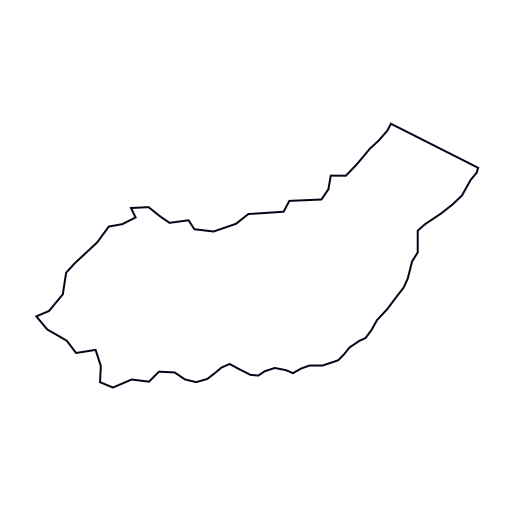 outline of Prastio Lefkosias, Cyprus, rotated 95°
{"feature_id": "46923920B44664776517554", "entity_name": "Prastio Lefkosias", "entity_type": "district", "adm_level": 2, "iso_a3": "CYP", "parent_name": "Cyprus", "parent_adm1": "", "projection": "albers", "projection_center": [32.934, 35.176], "detail": "fine", "context": "isolated", "style": "outline", "palette": "ink", "viewbox_px": 512, "rotation_deg": 95, "n_neighbors": 0, "source": "geoboundaries", "source_scale": "gbopen_adm2", "svg_char_len": 1116}
<svg xmlns="http://www.w3.org/2000/svg" viewBox="0 0 512 512"><g transform="rotate(95 256 256)"><path d="M335.3,469.6L347.4,457.5L356.9,437.1L368.3,426.8L363.5,407.6L379.1,401.0L395.3,400.4L399.5,387.1L389.9,369.1L390.5,351.6L379.7,342.6L379.1,326.9L385.1,316.1L386.9,304.7L382.7,293.8L376.7,287.2L370.1,280.6L365.9,272.8L370.1,263.1L374.9,251.1L374.9,243.3L370.1,237.3L365.9,227.6L367.1,216.2L369.5,209.0L364.1,201.1L360.5,193.3L359.3,180.1L352.7,165.0L346.1,159.6L338.9,154.8L331.5,145.6L328.2,139.8L319.7,134.5L309.2,129.8L297.6,120.7L286.3,113.7L274.7,106.2L265.3,102.9L248.9,100.2L247.9,100.1L238.3,95.2L216.7,97.1L209.6,90.4L197.6,75.4L187.4,64.6L177.8,56.1L161.7,48.9L153.9,43.5L148.8,42.4L112.5,133.1L119.7,136.1L130.5,144.0L138.9,151.7L156.2,163.8L168.2,173.5L169.4,188.5L183.2,189.7L194.0,195.7L198.2,227.6L209.5,232.4L212.5,251.7L214.9,267.3L225.7,278.8L235.3,300.4L234.7,319.7L226.3,326.3L230.5,345.0L225.1,354.6L216.7,367.3L219.1,384.7L228.1,379.3L235.9,391.9L239.5,405.2L256.3,415.4L279.0,435.9L289.2,443.7L311.0,445.1L328.8,457.4L335.3,469.6Z" fill="none" stroke="#020617" stroke-width="2"/></g></svg>